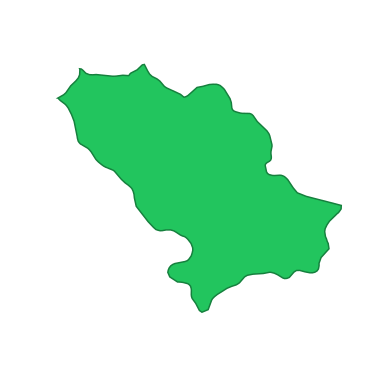 map outline of Moquegua (orthographic projection), rotated 101°
{"feature_id": "PER-574", "entity_name": "Moquegua", "entity_type": "Department", "adm_level": 1, "iso_a3": "PER", "parent_name": "Peru", "parent_adm1": "", "projection": "orthographic", "projection_center": [-70.819, -16.889], "detail": "fine", "context": "isolated", "style": "filled", "palette": "green", "viewbox_px": 384, "rotation_deg": 101, "n_neighbors": 0, "source": "natural_earth", "source_scale": "10m", "svg_char_len": 2719}
<svg xmlns="http://www.w3.org/2000/svg" viewBox="0 0 384 384"><g transform="rotate(101 192 192)"><path d="M125.4,341.6L121.0,336.5L118.6,334.7L110.9,331.3L105.1,327.2L101.8,325.4L98.4,324.7L93.2,325.4L92.5,325.8L92.4,324.1L93.4,322.2L95.7,318.9L96.4,315.1L95.9,311.8L95.0,308.5L93.5,291.9L92.8,288.8L90.6,282.2L89.9,276.6L89.2,275.9L88.2,275.6L87.0,274.8L82.6,269.2L77.0,265.3L76.6,264.8L75.9,263.1L81.7,258.6L84.4,256.1L86.2,253.2L87.6,248.1L89.2,244.8L93.5,239.4L94.1,238.2L94.7,236.7L98.3,222.0L99.1,220.5L99.9,219.1L100.5,217.9L99.4,215.9L98.1,214.4L88.4,207.0L86.2,201.5L83.2,195.5L82.2,191.9L81.6,188.4L81.7,186.7L82.1,184.7L83.7,181.8L85.1,179.8L93.1,172.5L96.7,170.5L102.0,168.9L103.4,168.0L104.4,166.6L104.9,164.5L105.3,159.7L105.2,157.8L103.9,150.3L104.3,148.3L105.4,146.5L110.4,141.4L117.7,130.1L120.4,127.4L122.2,126.3L130.2,122.6L131.8,122.2L137.2,122.2L139.1,121.9L142.5,120.8L144.1,120.6L145.7,120.9L147.0,121.8L149.1,124.2L150.3,125.0L151.6,125.3L152.5,125.0L158.0,122.7L159.4,121.4L160.2,119.6L160.4,116.4L160.1,114.2L158.7,108.8L158.6,107.4L158.8,105.9L159.3,104.1L160.5,102.0L161.6,100.4L168.6,93.5L172.7,88.5L174.5,79.0L176.7,42.9L180.2,42.4L183.6,43.9L185.0,44.8L185.3,45.2L194.4,51.5L198.4,53.2L202.6,54.3L205.5,54.2L210.3,52.5L212.3,51.1L214.8,49.8L216.5,48.5L221.6,46.7L231.7,52.8L237.7,53.7L240.2,53.2L243.4,53.2L245.6,54.2L247.3,56.1L248.3,58.3L248.8,60.8L248.8,65.9L248.4,71.3L249.1,74.5L251.1,76.6L257.3,80.2L258.7,82.4L259.3,84.5L259.1,86.3L256.9,92.1L256.0,95.7L255.8,99.0L255.9,100.3L258.4,106.5L261.0,116.4L263.2,121.8L265.3,124.2L272.1,128.1L273.6,129.6L274.8,131.0L277.0,135.0L279.8,139.2L287.8,147.7L290.5,150.0L292.8,151.5L294.4,152.1L304.4,153.7L308.1,159.3L306.9,162.1L300.6,167.1L296.5,171.5L294.8,172.5L293.0,173.1L288.3,173.9L286.6,174.5L284.6,175.6L283.4,177.2L282.8,178.6L282.5,183.1L282.5,184.4L282.7,186.8L283.1,189.0L279.6,197.6L275.5,200.4L273.2,200.4L270.8,199.9L268.6,198.8L266.9,197.2L265.5,195.2L261.6,185.6L260.3,183.5L258.7,182.3L255.0,180.6L252.0,180.2L249.0,180.1L246.6,180.7L242.7,183.1L239.1,187.2L238.0,188.9L237.2,190.8L237.0,193.0L236.4,195.3L234.5,199.9L233.6,202.5L233.3,205.8L234.1,209.8L234.2,210.3L234.3,210.5L235.6,213.8L236.1,215.9L236.0,218.1L235.7,220.3L234.1,223.0L229.5,229.4L216.7,244.0L208.9,247.4L205.3,248.5L202.5,249.9L200.3,251.5L199.1,253.0L197.4,255.9L195.8,259.4L193.0,263.8L186.3,272.2L185.6,273.8L184.1,281.5L183.4,283.7L182.3,286.1L180.4,289.6L179.1,291.5L178.2,292.7L171.8,298.7L170.1,300.8L168.9,302.7L166.1,310.7L165.0,312.2L163.8,313.4L161.2,314.7L159.2,315.4L145.1,321.2L139.0,325.0L133.2,329.5L131.7,331.1L130.7,332.3L129.8,333.7L127.3,338.8L125.4,341.5L125.4,341.6Z" fill="#22c55e" stroke="#15803d" stroke-width="1.5"/></g></svg>